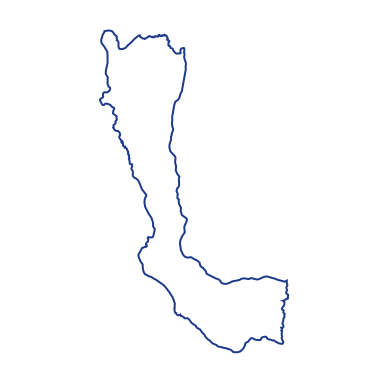 Santa Bárbara (Iscuandé), Nariño, Colombia, rotated 11°
{"feature_id": "7082276B99136561352014", "entity_name": "Santa Bárbara (Iscuandé)", "entity_type": "district", "adm_level": 2, "iso_a3": "COL", "parent_name": "Colombia", "parent_adm1": "Nariño", "projection": "orthographic", "projection_center": [-77.93, 2.324], "detail": "fine", "context": "isolated", "style": "outline", "palette": "blue", "viewbox_px": 384, "rotation_deg": 11, "n_neighbors": 0, "source": "geoboundaries", "source_scale": "gbopen_adm2", "svg_char_len": 5998}
<svg xmlns="http://www.w3.org/2000/svg" viewBox="0 0 384 384"><g transform="rotate(11 192 192)"><path d="M156.8,52.3L155.8,52.3L154.0,53.4L153.6,54.4L153.7,55.9L154.3,57.7L154.2,58.1L150.3,59.1L149.3,58.8L147.2,57.1L146.5,56.4L146.1,55.6L145.2,54.9L143.4,54.6L142.6,53.0L142.0,52.8L141.4,53.0L140.9,52.6L140.3,49.4L141.0,48.7L140.8,48.0L138.8,47.4L138.6,47.1L139.2,46.8L138.7,45.5L138.4,45.3L138.1,44.7L137.7,44.4L137.1,43.4L136.0,43.5L135.4,42.9L134.8,42.9L134.5,43.4L133.9,43.6L134.3,43.8L131.6,45.0L130.8,44.9L130.2,44.1L129.6,44.2L129.0,44.7L129.2,45.5L129.0,45.9L128.5,46.1L126.1,46.1L125.7,47.0L124.5,47.6L124.1,47.1L123.3,47.5L122.3,47.5L121.8,47.2L120.9,47.1L119.9,47.3L118.8,48.7L116.3,50.8L115.8,50.5L114.3,50.7L111.0,49.3L110.8,48.2L109.6,48.8L106.1,53.0L103.9,56.6L100.8,60.6L99.4,63.0L96.9,64.8L95.2,65.3L93.2,65.2L92.1,63.4L91.4,59.3L90.3,57.9L89.2,57.4L89.3,56.4L88.7,55.4L88.5,53.8L87.8,53.1L87.3,53.1L85.7,52.1L84.3,50.5L82.4,49.2L80.5,49.4L79.6,49.2L75.4,50.8L75.5,51.6L74.2,55.2L74.2,57.6L73.8,59.4L74.6,62.8L78.2,66.1L81.1,69.2L82.3,70.9L84.5,81.3L84.3,89.0L84.8,92.5L87.6,95.7L87.6,97.7L88.1,99.2L88.2,101.1L88.7,102.4L90.1,104.5L91.4,105.1L92.0,106.2L91.8,107.9L90.9,109.3L89.4,110.5L87.0,110.8L86.0,111.9L86.0,113.7L86.5,114.7L86.6,115.8L84.3,118.3L84.1,118.8L84.4,119.9L87.1,123.3L87.6,123.6L88.9,123.4L90.1,121.8L91.3,121.5L95.1,122.0L96.8,123.4L99.7,124.6L99.7,125.6L99.3,126.7L99.3,129.6L99.9,130.3L103.6,132.0L103.7,133.7L104.4,135.2L104.3,135.7L103.6,136.6L103.4,137.7L103.8,138.2L103.7,139.1L103.3,140.1L102.3,141.1L102.3,142.0L102.7,143.1L102.3,143.6L102.3,143.9L103.0,144.4L103.6,145.3L104.6,146.0L106.0,146.4L106.8,146.2L108.1,146.5L109.5,147.4L110.4,149.1L110.5,150.1L110.0,151.7L110.3,152.7L112.1,154.2L112.5,155.0L113.2,155.1L113.1,155.4L113.4,155.5L113.4,155.9L113.9,156.0L113.7,156.4L114.1,156.4L114.0,157.0L114.6,157.0L114.5,157.6L114.9,157.8L115.4,158.4L115.3,159.7L117.3,160.7L117.6,160.5L117.7,161.4L118.8,161.3L119.3,161.8L119.7,161.9L120.9,164.0L121.5,164.3L121.6,165.2L122.0,165.6L121.9,166.9L123.2,167.7L123.1,169.0L124.2,170.9L123.7,171.7L125.0,173.8L125.0,174.6L125.5,175.7L125.5,176.1L128.0,176.4L127.9,177.5L128.5,178.5L128.0,179.7L128.2,180.9L129.8,182.8L130.3,184.2L130.5,186.5L131.0,187.5L131.8,188.5L133.4,189.2L134.8,189.5L137.2,191.1L142.5,199.0L147.7,203.6L147.9,204.5L147.3,206.2L147.0,209.0L147.4,211.6L148.8,215.4L153.3,221.3L157.1,225.1L159.6,229.5L160.4,233.2L162.6,235.5L162.4,236.7L162.7,237.8L162.5,239.0L162.4,242.5L162.2,243.4L161.7,244.1L161.1,244.3L157.6,244.7L157.5,245.2L157.3,245.6L158.2,246.8L158.3,248.9L156.9,250.7L156.8,251.9L156.9,252.5L157.8,253.0L158.0,253.8L157.4,254.6L156.1,254.8L155.2,255.7L153.7,256.5L151.4,263.7L151.4,264.5L152.3,266.3L154.6,269.8L157.3,272.4L158.3,276.4L159.3,278.7L160.4,280.5L161.5,281.5L165.8,283.0L167.8,283.0L171.5,284.5L172.9,284.8L181.0,288.4L182.8,289.4L186.1,292.1L188.0,294.0L188.3,294.0L193.1,299.2L195.1,302.3L196.5,305.0L196.7,307.8L197.2,308.9L197.0,309.3L197.0,310.2L197.5,311.2L197.7,312.4L198.6,313.8L199.6,313.9L200.1,314.8L201.5,315.7L203.9,315.0L204.0,314.7L204.9,315.8L207.4,316.2L208.7,317.3L209.3,317.4L211.2,316.8L212.2,316.9L214.1,318.2L216.5,320.6L220.8,322.4L221.5,322.8L221.9,323.6L222.7,324.3L226.3,325.5L228.2,327.5L231.7,330.0L232.5,331.2L234.3,332.7L236.0,333.8L237.8,334.4L239.7,335.9L241.6,336.8L245.3,337.6L246.7,338.6L247.8,338.8L249.8,338.6L252.8,339.0L255.1,338.8L256.7,339.2L258.0,339.0L258.6,339.4L259.9,339.4L261.1,339.9L262.7,341.1L264.5,341.1L266.9,340.7L269.5,339.5L271.0,337.8L272.3,335.6L273.1,333.1L273.3,330.1L275.6,328.2L277.7,324.3L279.4,324.0L281.4,324.7L283.2,324.9L286.7,324.5L287.6,323.9L287.8,323.3L287.8,322.4L288.3,321.7L289.0,321.1L291.5,320.0L292.6,320.2L293.3,320.7L293.8,321.5L295.4,322.1L297.4,321.9L299.6,322.4L300.6,322.1L301.6,322.4L302.9,323.1L304.0,323.2L305.4,323.9L307.7,324.0L309.7,323.8L310.2,322.7L310.2,321.6L308.7,319.9L308.0,318.6L307.8,317.8L308.1,316.7L307.4,315.4L307.0,313.8L307.0,311.5L306.1,311.0L306.6,310.1L306.6,309.2L306.3,308.6L305.8,308.6L305.5,308.2L306.8,307.8L307.5,306.8L307.3,305.9L306.4,304.8L305.8,303.7L306.2,301.1L305.8,299.1L306.7,297.2L306.1,296.1L306.3,294.2L306.1,293.8L305.4,293.6L304.7,293.0L304.5,290.7L303.1,290.3L302.5,289.5L303.2,287.2L304.0,286.1L304.1,284.6L303.8,282.6L302.9,281.7L302.3,281.5L303.3,281.2L303.5,280.2L304.2,279.9L305.4,278.6L306.3,278.5L306.5,277.9L306.0,276.1L306.2,275.3L305.8,274.4L304.2,273.8L303.5,272.6L304.1,270.3L302.9,268.1L302.9,267.2L303.3,266.1L303.4,265.0L302.3,262.9L302.0,260.9L300.1,262.3L293.3,261.9L290.3,261.3L281.5,260.6L279.0,261.5L274.0,265.0L273.2,265.3L271.8,265.5L266.7,265.2L266.1,265.4L265.0,266.3L263.8,266.7L260.7,266.7L258.2,267.2L256.6,268.1L255.5,269.2L252.4,270.6L250.5,271.2L247.9,272.5L247.3,273.2L244.0,275.3L242.6,275.8L240.2,276.0L238.1,275.4L237.5,275.0L236.8,273.8L235.0,272.8L231.1,272.1L222.0,269.5L220.7,267.3L219.8,266.3L217.6,264.9L217.4,264.4L215.9,264.0L214.1,262.7L212.9,259.9L210.2,258.3L206.4,257.3L204.0,256.3L202.7,256.3L201.5,256.9L199.9,257.2L197.7,257.0L195.3,255.4L191.9,250.6L191.6,249.2L190.6,246.6L189.9,244.3L189.9,241.5L190.0,240.3L191.0,236.6L192.4,233.7L192.5,232.7L191.1,228.0L191.2,226.6L192.2,222.3L192.3,220.0L191.7,219.0L186.6,216.6L185.8,215.5L184.5,212.6L184.2,209.8L183.1,208.1L181.9,206.7L181.1,205.0L180.7,203.7L180.6,202.0L180.3,201.6L179.2,201.1L178.8,200.6L178.4,198.1L178.5,196.8L176.6,194.0L176.7,191.5L177.8,189.8L178.0,187.3L176.5,181.2L176.7,179.3L173.5,176.4L171.9,173.6L171.4,169.3L170.8,168.6L169.7,166.0L169.4,162.1L169.1,161.2L168.1,159.9L163.9,156.9L162.8,155.9L161.6,153.3L161.0,151.0L160.9,148.7L161.5,144.6L160.9,142.3L160.9,141.4L161.2,140.6L161.0,138.9L161.6,134.3L161.5,133.7L160.2,131.6L159.1,127.9L159.0,125.3L158.2,122.2L158.0,109.7L158.2,107.7L158.7,106.2L160.8,104.1L161.3,102.8L161.8,100.8L161.8,98.7L162.8,94.9L162.5,72.9L161.8,70.0L161.6,67.0L158.9,62.0L158.5,60.8L158.4,58.1L157.6,56.8L157.4,53.9L156.8,52.3Z" fill="none" stroke="#1e3a8a" stroke-width="2"/></g></svg>